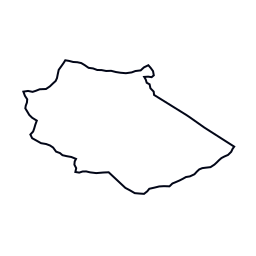 Terra Nova, Bahia, Brazil, rotated 275°
{"feature_id": "56859067B99901610018599", "entity_name": "Terra Nova", "entity_type": "district", "adm_level": 2, "iso_a3": "BRA", "parent_name": "Brazil", "parent_adm1": "Bahia", "projection": "equal_earth", "projection_center": [-38.599, -12.402], "detail": "fine", "context": "isolated", "style": "outline", "palette": "ink", "viewbox_px": 256, "rotation_deg": 275, "n_neighbors": 0, "source": "geoboundaries", "source_scale": "gbopen_adm2", "svg_char_len": 1483}
<svg xmlns="http://www.w3.org/2000/svg" viewBox="0 0 256 256"><g transform="rotate(275 128 128)"><path d="M96.2,213.6L99.1,217.3L101.4,219.4L103.9,221.5L106.2,223.7L108.0,226.5L109.9,230.0L113.3,232.9L116.3,234.0L118.7,235.4L135.1,204.0L144.3,188.2L146.0,185.1L163.2,151.1L166.5,150.4L169.5,146.9L173.4,145.7L174.7,142.7L177.7,141.5L180.3,139.7L180.9,143.6L180.7,147.1L182.7,149.1L186.8,148.0L189.9,145.3L192.3,142.8L189.8,138.6L186.5,135.6L185.4,130.4L183.7,126.8L182.4,121.1L182.4,115.6L182.7,111.1L183.5,106.2L182.9,101.3L183.4,96.5L183.1,92.3L184.3,88.0L184.5,83.5L186.9,79.3L188.6,75.8L189.1,71.8L189.0,67.6L189.7,63.4L190.0,59.6L187.2,58.2L184.1,56.4L179.9,53.9L175.1,53.3L171.5,52.9L168.5,51.8L165.8,49.3L162.7,46.6L159.7,42.9L158.9,36.7L157.0,32.9L155.7,29.8L156.2,25.2L155.1,20.6L151.1,22.5L147.8,25.1L144.6,25.1L141.3,24.2L138.6,24.0L135.6,26.2L132.4,28.5L129.8,31.7L127.4,36.5L123.3,35.4L119.3,34.6L116.2,33.8L113.0,31.3L109.5,33.4L107.4,38.1L105.3,42.7L104.9,47.8L103.8,51.8L102.0,55.1L98.2,58.4L97.1,62.4L95.2,65.1L94.6,69.4L94.2,74.0L92.7,78.9L90.0,77.8L86.8,77.8L83.5,79.9L79.6,79.4L79.3,83.3L80.7,86.5L81.1,90.1L80.5,94.2L80.3,100.3L81.5,107.3L82.2,112.6L68.1,130.6L66.2,135.1L63.7,140.4L63.7,144.8L63.8,149.7L66.6,152.7L69.3,154.5L70.9,159.5L72.5,164.2L73.2,168.9L73.5,174.4L76.6,177.1L78.1,180.0L80.2,183.9L82.2,187.1L84.2,190.0L85.2,193.9L87.7,198.2L90.8,200.6L93.0,202.6L94.5,205.5L95.2,208.7L96.2,213.6Z" fill="none" stroke="#020617" stroke-width="2"/></g></svg>